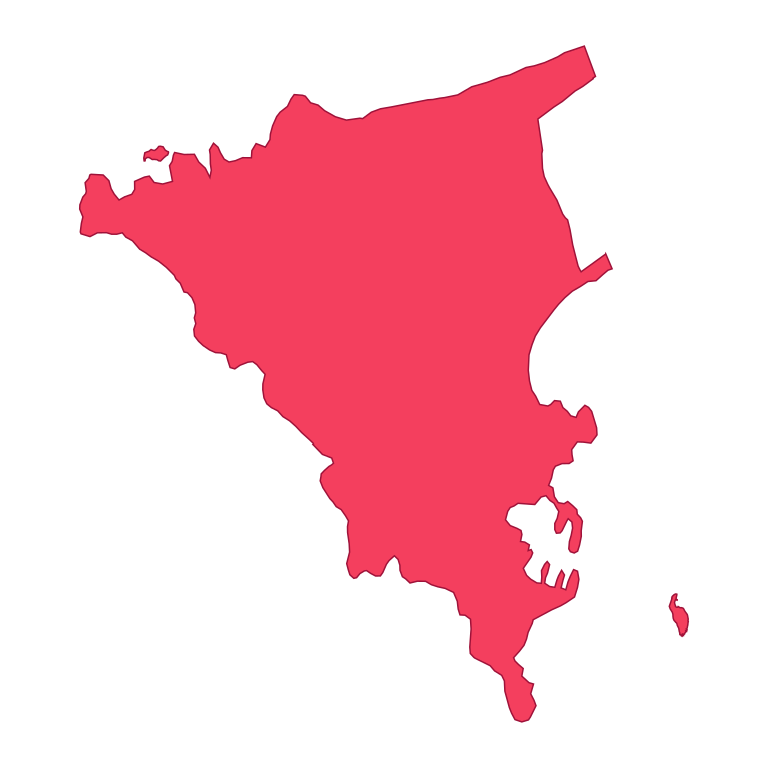 Dakar, Dakar, Senegal
{"feature_id": "50182788B18539004609148", "entity_name": "Dakar", "entity_type": "district", "adm_level": 2, "iso_a3": "SEN", "parent_name": "Senegal", "parent_adm1": "Dakar", "projection": "robinson", "projection_center": [-17.439, 14.712], "detail": "fine", "context": "isolated", "style": "filled", "palette": "rose", "viewbox_px": 768, "rotation_deg": 0, "n_neighbors": 0, "source": "geoboundaries", "source_scale": "gbopen_adm2", "svg_char_len": 6083}
<svg xmlns="http://www.w3.org/2000/svg" viewBox="0 0 768 768"><path d="M562.7,214.1L556.9,200.1L549.5,187.7L547.7,184.3L544.2,176.6L542.5,168.4L541.8,153.6L542.5,150.3L537.9,119.5L538.0,118.9L553.9,107.0L562.3,101.5L575.1,91.0L582.8,86.4L593.2,78.7L593.0,78.1L595.5,76.4L584.3,46.1L564.6,52.7L557.6,56.9L544.4,62.7L534.1,65.9L526.0,67.5L509.8,75.0L500.2,77.3L487.4,82.3L471.7,86.8L457.8,94.9L444.6,97.6L439.7,98.2L432.9,99.5L427.9,99.8L391.6,106.9L380.5,108.8L371.3,112.2L362.7,118.6L359.9,118.2L346.4,120.1L335.2,116.7L324.6,110.7L318.1,105.1L310.6,102.8L305.3,96.2L302.6,95.3L294.2,94.6L291.0,99.1L287.5,106.4L280.1,112.2L276.7,116.6L272.6,125.9L270.4,134.1L270.0,139.6L265.4,147.1L256.1,143.6L251.9,150.6L251.4,157.8L242.6,157.7L235.4,160.7L229.0,162.0L224.2,159.2L220.5,152.9L218.0,147.2L213.5,143.2L209.5,150.0L210.2,154.3L210.4,164.0L211.3,170.2L209.9,177.4L205.3,168.2L198.8,162.1L194.4,154.3L184.1,154.5L174.6,152.5L173.4,155.2L172.2,161.4L169.5,165.7L172.5,181.4L162.7,184.0L154.1,182.5L149.3,176.1L144.4,177.1L134.6,181.4L134.7,189.5L131.8,194.3L124.7,196.8L119.0,200.0L114.2,194.1L111.1,188.7L108.9,180.7L103.2,175.0L91.0,174.3L89.8,175.0L88.9,178.4L85.1,182.7L86.3,191.3L85.7,193.7L82.8,197.1L79.9,204.8L79.7,209.1L82.9,216.9L81.4,223.3L80.3,232.0L81.0,233.8L90.0,236.6L97.4,232.8L106.6,232.7L111.6,234.2L116.7,234.2L122.3,232.8L125.8,237.1L132.5,240.8L139.7,249.2L145.5,252.7L151.2,256.9L158.5,261.1L166.3,267.3L174.3,275.3L175.9,278.9L180.3,283.3L184.0,292.0L187.5,292.7L192.0,297.7L194.9,304.5L195.7,312.9L194.3,317.9L195.8,323.6L193.8,329.3L194.5,336.0L198.7,341.4L203.2,345.6L209.7,350.0L215.5,352.6L220.7,352.9L226.3,354.7L227.9,360.6L230.1,367.5L234.8,368.9L240.1,365.2L247.8,362.2L252.7,361.6L256.9,364.7L261.6,370.5L265.1,374.3L262.9,383.9L262.8,389.8L264.0,397.9L266.8,403.8L271.4,407.6L277.7,410.8L282.9,416.6L289.6,420.8L295.9,426.4L301.6,432.5L308.9,439.1L313.1,443.1L313.5,444.1L312.9,444.5L322.4,454.4L331.7,458.0L333.5,463.2L331.6,464.9L329.0,466.4L324.4,470.5L321.2,473.9L321.0,476.3L320.2,480.9L322.9,487.7L329.9,498.6L333.0,501.9L336.2,506.6L341.2,509.6L345.6,515.9L348.5,520.9L347.5,526.6L347.6,532.6L349.2,543.8L349.6,552.1L346.7,563.6L348.3,569.8L349.9,574.8L353.8,578.3L356.6,577.7L359.9,573.6L364.4,570.9L366.6,570.6L370.7,573.4L375.6,576.0L380.4,575.9L382.8,572.5L386.4,564.3L389.1,560.5L394.4,555.8L398.1,559.4L399.9,565.3L400.0,570.3L402.4,576.7L405.6,578.8L410.0,583.0L417.4,581.2L425.6,581.3L431.4,584.7L437.9,586.8L445.2,588.4L453.6,592.4L457.3,601.2L458.2,609.1L460.0,614.9L465.1,615.2L470.5,619.2L471.1,629.0L469.8,647.1L470.3,653.5L473.9,657.4L475.2,658.3L490.2,665.7L494.6,670.9L501.7,675.3L504.4,680.9L504.9,691.2L509.4,707.7L511.6,713.2L515.0,719.6L521.8,721.9L528.5,719.9L530.4,717.0L536.0,705.7L534.0,700.3L530.7,693.8L533.5,684.0L529.0,682.7L521.8,676.1L523.2,668.5L518.5,664.5L515.0,661.0L513.6,657.7L519.5,651.1L524.0,645.3L526.5,639.1L528.1,632.4L532.2,623.5L533.2,619.7L551.7,609.8L560.6,605.8L566.2,602.6L574.5,597.0L577.5,587.4L578.9,579.3L577.5,571.2L573.6,569.6L570.3,576.3L568.0,581.9L565.8,589.8L561.1,587.9L562.9,580.5L564.5,575.0L561.6,570.3L558.5,576.0L556.9,580.1L554.8,587.3L549.6,586.5L544.7,583.2L545.5,577.7L547.5,573.1L549.6,564.6L547.2,561.5L544.6,564.4L541.5,570.6L541.8,577.1L541.3,583.3L536.8,582.9L530.7,579.2L526.6,575.4L523.3,568.3L531.0,557.2L532.7,552.9L531.1,549.6L528.2,550.6L529.4,544.9L524.8,542.1L520.5,541.5L521.9,534.5L521.0,530.5L517.1,528.4L510.2,525.6L505.5,519.8L507.7,511.4L510.2,507.5L514.0,506.0L518.0,503.3L534.8,504.5L541.1,497.0L546.0,495.7L549.9,500.4L554.0,503.2L556.7,508.1L558.8,511.4L557.2,518.4L554.8,523.4L554.8,529.6L556.4,533.2L560.2,532.9L562.1,530.7L566.9,520.8L568.2,518.7L571.9,522.0L572.6,528.1L571.2,535.3L569.4,541.5L568.8,548.9L570.4,551.7L574.2,553.0L577.6,551.2L579.5,545.2L581.3,536.3L581.2,530.8L582.4,521.3L580.6,517.7L577.3,514.2L576.8,509.7L572.7,505.7L567.7,501.5L564.1,503.7L558.3,502.7L554.4,496.8L552.9,487.9L548.6,485.4L551.5,478.2L553.3,469.8L555.4,466.2L562.0,463.6L569.1,463.5L573.1,460.8L572.0,454.6L571.7,449.6L577.3,441.9L583.3,442.1L590.9,443.1L597.0,434.9L596.6,427.8L591.7,411.4L588.6,407.4L584.9,405.3L578.4,411.9L576.1,417.4L570.7,415.8L567.3,411.3L562.9,407.6L560.3,401.2L554.5,400.6L550.7,404.5L547.9,406.0L539.7,404.5L535.7,396.2L531.8,390.3L529.5,381.0L528.3,370.4L529.0,354.8L532.0,344.7L535.3,336.1L540.3,327.9L554.0,309.8L558.6,304.2L564.9,297.6L572.4,291.1L580.8,286.2L587.9,281.5L596.0,280.7L602.8,274.6L608.0,270.2L612.1,268.8L605.7,253.8L605.6,254.1L581.1,271.8L579.8,269.6L578.1,266.1L575.8,257.2L572.7,244.9L570.0,229.6L567.6,219.9L565.3,217.8L562.7,214.1ZM676.8,594.1L675.4,594.0L673.9,594.8L673.6,595.3L673.2,595.5L672.2,596.5L672.0,597.0L672.0,598.0L671.7,598.1L671.8,598.9L671.0,601.4L669.3,606.3L670.2,608.9L672.3,612.3L672.9,614.3L673.0,616.7L673.3,618.6L673.9,620.1L674.4,620.8L675.5,621.9L675.6,622.3L676.5,622.9L677.0,624.1L677.3,625.4L678.7,628.2L679.4,632.0L679.7,632.5L679.8,634.4L680.0,634.7L680.6,634.6L681.2,635.7L681.6,635.7L682.1,636.3L682.3,636.1L682.3,634.1L682.6,634.0L683.0,635.6L683.5,635.6L683.6,634.2L684.5,634.1L684.7,633.3L685.4,632.5L685.7,631.7L686.2,631.6L686.3,631.4L685.9,630.7L686.3,630.7L686.5,630.2L686.5,630.9L686.7,631.1L686.9,630.4L686.6,629.7L687.0,629.9L687.1,629.7L686.8,628.6L687.2,627.9L687.7,625.2L687.9,624.9L687.8,624.5L688.2,621.7L688.3,621.3L688.0,620.9L688.2,619.0L687.5,615.3L687.2,614.4L684.8,611.1L683.4,608.4L681.8,607.7L680.0,607.7L678.1,606.5L677.7,607.2L676.8,607.3L676.1,607.0L675.4,606.2L675.5,605.7L674.9,604.4L674.5,602.4L675.2,600.3L675.6,599.7L677.1,600.2L677.2,599.7L676.2,599.2L676.1,598.9L676.2,597.7L676.9,594.7L676.8,594.1ZM165.2,150.1L163.1,146.8L160.2,146.2L158.6,146.5L157.6,148.0L156.0,149.5L154.7,150.4L153.1,150.3L151.1,149.5L148.9,151.3L146.9,151.9L144.8,152.8L143.8,158.0L144.1,160.9L144.9,161.0L145.2,160.3L145.2,158.9L147.1,157.5L149.1,157.5L152.2,159.5L154.2,159.4L157.1,159.7L158.7,160.8L160.6,161.0L163.9,157.7L166.5,155.5L167.6,155.0L168.1,153.8L168.5,152.6L168.4,151.8L166.9,151.2L165.2,150.1Z" fill="#f43f5e" stroke="#9f1239" stroke-width="1.5"/></svg>